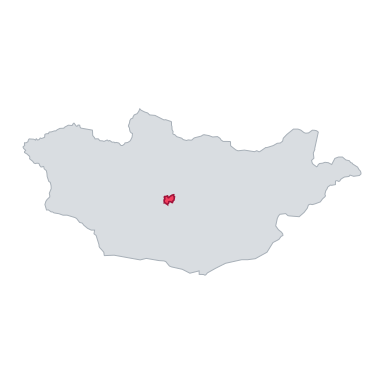 Uyanga, Övörhangay, Mongolia shown in context
{"feature_id": "93677404B10592046266618", "entity_name": "Uyanga", "entity_type": "district", "adm_level": 2, "iso_a3": "MNG", "parent_name": "Mongolia", "parent_adm1": "Övörhangay", "projection": "orthographic", "projection_center": [102.144, 46.409], "detail": "fine", "context": "in_parent", "style": "filled", "palette": "rose", "viewbox_px": 384, "rotation_deg": 0, "n_neighbors": 0, "source": "geoboundaries", "source_scale": "gbopen_adm2", "svg_char_len": 4951}
<svg xmlns="http://www.w3.org/2000/svg" viewBox="0 0 384 384"><path d="M24.6,142.7L25.8,142.9L27.9,141.8L28.4,139.9L29.2,138.9L33.7,139.2L35.6,140.1L36.1,138.9L36.5,138.8L37.4,140.0L38.5,139.8L39.3,139.4L40.2,138.0L41.7,138.5L44.6,137.3L44.9,134.4L46.1,133.8L48.5,133.6L49.0,132.3L49.5,132.0L51.3,131.9L54.4,130.9L55.8,130.9L57.1,129.8L59.9,128.4L63.9,128.2L64.3,127.4L68.3,125.2L72.1,125.5L73.4,123.3L74.1,123.2L76.4,126.3L77.5,126.0L78.1,125.0L79.7,125.2L80.1,127.2L80.9,128.1L92.3,130.1L92.5,130.9L92.7,135.5L94.6,137.8L95.0,138.9L98.2,138.8L99.9,140.7L102.7,140.9L104.0,141.4L106.9,140.1L107.5,140.1L108.3,141.0L109.7,140.5L112.1,142.2L114.0,142.1L114.9,142.8L116.1,142.4L118.8,143.0L121.0,145.5L122.5,145.5L124.5,144.0L125.0,142.9L127.7,142.5L129.3,141.5L130.4,140.6L132.1,137.1L132.5,133.5L131.2,132.9L130.1,131.6L129.6,129.6L129.5,128.2L128.4,126.1L128.6,125.1L129.4,123.3L129.9,120.5L130.9,118.9L132.8,118.1L133.0,117.0L134.2,114.9L137.1,113.7L138.8,111.3L139.8,108.8L141.1,110.2L144.7,112.0L147.7,113.0L149.6,114.9L155.0,115.4L163.9,119.9L165.7,119.7L171.1,121.5L171.5,122.1L171.5,125.4L171.9,126.3L172.1,129.8L173.1,131.5L172.8,133.6L173.3,134.3L174.7,134.6L176.8,136.7L181.7,138.2L183.2,139.6L186.5,140.5L188.2,139.9L191.0,140.2L192.0,139.9L193.8,138.2L194.9,137.7L201.2,136.1L202.9,135.0L204.0,134.7L209.0,135.6L212.6,137.0L217.5,136.6L220.0,138.3L221.1,140.0L223.1,141.4L230.1,141.5L230.5,141.9L230.6,145.6L231.0,146.1L235.8,149.9L238.0,150.8L244.4,150.1L254.5,151.7L256.8,150.7L259.0,151.8L259.8,151.6L265.8,147.5L266.8,147.6L273.2,145.6L277.2,143.3L280.3,143.0L282.6,141.2L283.3,138.2L286.9,134.4L293.4,129.1L298.0,129.1L300.8,130.1L304.0,132.6L305.7,133.2L308.6,132.9L312.3,130.2L314.6,130.3L316.7,130.8L318.3,132.1L314.7,148.6L314.8,149.5L313.3,153.0L313.9,158.2L311.5,160.5L312.4,163.4L313.2,164.3L316.6,166.8L317.5,166.2L318.1,164.8L319.5,163.5L322.5,163.2L325.0,162.3L328.3,162.7L331.7,164.5L334.9,158.4L338.6,157.0L342.4,157.0L345.8,159.9L349.4,160.8L350.7,162.6L352.2,163.1L352.7,164.0L357.6,167.1L359.0,169.6L360.5,171.2L361.0,173.1L360.9,174.1L359.4,175.5L353.7,176.3L350.0,175.1L348.9,176.5L344.5,177.0L342.2,178.3L340.7,179.4L339.9,180.8L339.2,181.3L338.5,181.4L337.0,180.6L335.8,180.9L335.5,181.2L335.4,184.6L331.7,185.3L330.3,185.1L327.5,187.3L327.2,188.6L325.8,190.7L324.9,194.2L325.4,195.6L325.1,196.6L322.6,198.8L320.3,201.9L314.9,203.9L312.3,204.6L310.2,204.2L308.4,205.0L307.3,208.2L304.1,212.4L299.2,216.7L289.2,215.9L287.9,215.6L285.6,213.6L279.9,214.3L278.5,215.9L277.3,218.4L275.7,225.9L278.4,229.7L281.4,232.1L282.7,233.8L282.9,235.5L281.1,236.4L278.9,239.4L273.0,242.5L267.0,252.2L255.3,258.7L247.7,259.7L241.7,259.7L225.5,263.3L215.2,268.5L207.4,272.9L205.8,274.8L205.0,275.2L203.5,274.5L199.2,274.4L199.1,270.9L189.9,273.2L182.3,269.3L171.5,266.9L169.4,266.0L165.7,261.5L163.8,260.9L159.1,260.6L146.3,258.4L140.2,259.9L114.1,255.2L104.5,255.6L104.2,255.2L103.8,252.2L99.6,247.5L99.1,246.4L99.0,244.7L96.1,235.4L94.0,233.8L94.6,230.1L91.2,230.1L87.5,228.3L83.9,225.3L82.2,223.1L79.6,222.4L76.6,218.5L75.1,217.6L67.2,215.2L63.1,215.2L58.9,213.7L54.0,212.9L52.5,211.9L51.1,211.9L48.4,209.9L46.5,210.0L44.9,204.5L45.9,201.3L47.1,199.5L49.7,197.0L49.8,195.9L49.3,193.2L51.2,188.7L51.1,185.8L50.3,182.4L48.8,181.4L47.2,176.6L46.9,173.1L46.3,170.6L44.2,168.8L43.7,166.6L43.0,166.4L42.4,166.9L41.0,167.0L39.7,165.5L39.2,163.9L38.4,163.3L36.8,163.2L35.3,163.6L33.9,163.0L32.8,161.4L29.6,158.8L29.8,157.3L29.5,156.1L28.5,155.6L27.6,154.4L24.5,152.5L24.5,151.7L25.7,150.3L23.7,148.5L23.0,147.0L24.7,145.4L24.4,144.0L24.6,142.7Z" fill="#d9dde1" stroke="#a8b0b8" stroke-width="1"/><path d="M164.9,196.4L164.4,196.7L164.3,196.9L164.3,197.5L164.5,197.8L164.6,198.3L165.0,199.0L164.7,199.2L164.4,199.4L164.4,199.5L164.3,199.8L164.2,199.8L164.0,200.1L164.0,200.3L164.3,201.0L164.1,201.5L164.4,201.9L164.3,202.3L164.2,202.9L165.1,202.9L166.0,203.4L166.0,203.5L166.1,203.8L167.0,204.2L167.6,204.7L167.6,204.4L167.8,204.1L167.9,203.7L168.1,203.6L168.5,203.3L168.6,203.2L168.7,202.9L168.7,202.7L168.6,202.2L168.7,201.7L169.3,201.5L169.9,201.7L170.1,201.7L170.4,201.7L170.9,201.7L171.0,201.9L171.1,202.0L171.6,202.4L171.9,202.2L172.0,202.2L172.5,202.5L172.9,201.2L173.1,201.1L173.1,200.6L173.7,200.2L173.9,200.2L174.1,199.3L174.1,199.1L174.3,198.8L174.2,198.3L174.1,198.0L174.1,197.5L174.2,197.3L174.3,197.3L174.4,197.2L174.6,197.0L174.6,196.9L174.4,196.8L174.4,196.7L174.2,196.5L174.1,196.4L173.9,196.3L173.9,196.2L173.7,196.0L173.7,195.9L173.6,195.7L173.6,195.4L173.7,195.2L173.7,194.9L173.8,194.8L173.8,194.7L173.4,194.7L173.1,194.8L172.4,195.0L172.0,195.1L171.9,195.4L171.6,195.5L171.1,195.8L170.8,195.8L170.6,196.1L170.2,196.3L170.0,196.5L169.9,196.6L169.2,197.2L168.8,197.7L168.7,197.7L168.4,197.7L168.2,197.7L168.1,197.4L168.1,197.2L168.0,196.9L167.9,196.9L167.9,196.6L167.7,196.2L167.6,195.9L167.4,195.8L167.2,195.9L166.8,196.2L166.1,196.3L165.5,196.7L164.9,196.4Z" fill="#f43f5e" stroke="#9f1239" stroke-width="1.5"/></svg>